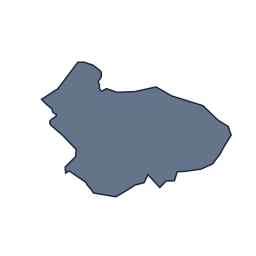 the district of Jargalant, Töv, Mongolia, rotated 139°
{"feature_id": "93677404B67634145299638", "entity_name": "Jargalant", "entity_type": "district", "adm_level": 2, "iso_a3": "MNG", "parent_name": "Mongolia", "parent_adm1": "Töv", "projection": "robinson", "projection_center": [105.903, 48.555], "detail": "fine", "context": "isolated", "style": "filled", "palette": "slate", "viewbox_px": 256, "rotation_deg": 139, "n_neighbors": 0, "source": "geoboundaries", "source_scale": "gbopen_adm2", "svg_char_len": 1793}
<svg xmlns="http://www.w3.org/2000/svg" viewBox="0 0 256 256"><g transform="rotate(139 128 128)"><path d="M174.5,206.3L174.1,199.8L172.9,192.6L173.1,191.6L173.3,191.1L173.7,190.7L174.0,190.4L174.3,190.0L174.3,189.0L174.0,187.0L173.4,186.0L173.3,185.4L173.5,184.8L173.8,184.4L174.4,184.2L174.8,184.3L175.2,184.2L175.9,184.2L176.7,184.2L177.6,184.3L178.5,184.5L179.2,184.8L180.3,184.7L181.7,184.6L182.5,184.4L183.1,183.9L183.5,183.5L183.7,183.1L183.8,182.7L184.1,182.1L184.3,181.5L184.3,180.4L182.2,165.6L181.2,145.7L186.3,140.8L201.1,139.7L203.2,136.9L204.6,134.9L204.3,134.9L204.0,134.8L203.5,134.8L202.8,134.7L202.1,134.6L201.4,134.3L201.0,134.0L200.8,133.8L200.4,133.4L200.2,132.9L200.1,132.5L199.8,131.3L199.6,130.4L199.3,129.6L199.0,128.0L198.6,126.6L198.3,125.5L198.1,124.9L197.9,124.3L197.8,123.7L197.6,123.0L197.4,122.1L197.0,120.7L196.7,119.4L196.1,117.4L195.8,116.2L195.5,114.9L195.4,114.5L195.7,113.4L196.0,112.2L196.2,111.1L196.2,109.1L196.1,108.3L196.0,107.1L196.0,106.3L196.7,101.6L182.2,84.0L168.7,81.5L160.0,80.3L151.9,76.2L143.5,79.7L143.1,62.2L133.9,63.0L127.7,57.7L119.6,62.7L113.6,58.0L100.0,49.1L87.6,45.4L80.0,47.1L76.6,47.6L68.2,50.8L54.9,54.9L51.4,63.4L55.0,75.3L56.8,95.3L56.7,95.4L56.7,95.5L74.0,123.6L79.9,140.6L98.7,150.8L113.0,162.2L118.4,171.8L123.9,173.0L123.8,175.9L123.6,177.0L123.2,177.2L122.7,177.5L122.4,178.1L122.1,178.5L121.6,179.1L121.3,179.5L121.1,179.7L120.8,179.8L120.8,180.7L120.7,181.8L120.4,182.3L119.7,182.8L118.5,183.1L115.3,183.8L114.7,184.2L113.8,185.0L111.6,187.5L111.5,189.6L113.1,198.2L113.4,198.7L113.7,199.2L113.9,199.7L114.2,200.1L114.5,200.6L115.1,201.6L116.0,203.1L116.4,203.9L117.4,205.6L118.3,206.9L122.8,210.6L130.3,208.9L155.3,203.6L160.0,204.4L164.8,205.0L174.5,206.3Z" fill="#64748b" stroke="#1e293b" stroke-width="1.5"/></g></svg>